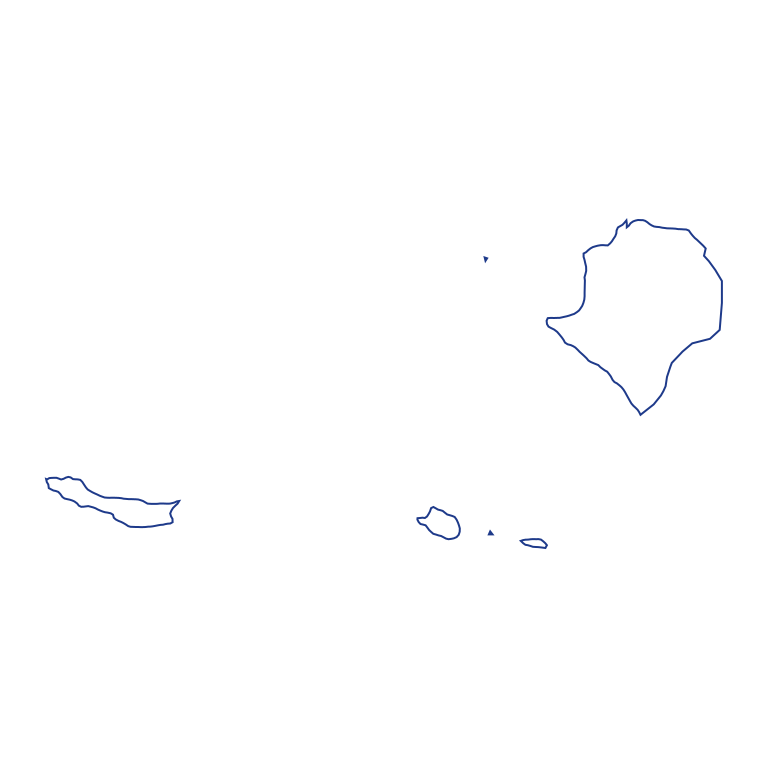 Qalansiyah wa Abd Al Kuri, Hadramawt, Yemen (Equal Earth projection)
{"feature_id": "15242507B10596271459975", "entity_name": "Qalansiyah wa Abd Al Kuri", "entity_type": "district", "adm_level": 2, "iso_a3": "YEM", "parent_name": "Yemen", "parent_adm1": "Hadramawt", "projection": "equal_earth", "projection_center": [53.013, 12.411], "detail": "fine", "context": "isolated", "style": "outline", "palette": "blue", "viewbox_px": 768, "rotation_deg": 0, "n_neighbors": 0, "source": "geoboundaries", "source_scale": "gbopen_adm2", "svg_char_len": 4391}
<svg xmlns="http://www.w3.org/2000/svg" viewBox="0 0 768 768"><path d="M705.7,248.5L705.1,247.8L703.2,245.7L700.9,243.5L699.0,241.7L697.0,239.8L694.8,238.0L692.8,235.8L691.0,233.6L688.8,230.5L686.2,229.5L683.7,229.4L681.0,229.2L678.1,229.1L675.5,228.7L672.5,228.5L669.7,228.4L669.3,228.4L669.2,228.4L667.1,228.3L666.9,228.3L664.7,228.0L662.2,227.7L659.4,227.1L657.1,226.9L656.5,226.9L655.5,226.7L654.1,226.5L651.7,225.4L649.6,224.1L647.3,222.2L645.1,220.8L642.8,220.1L640.5,220.1L638.0,220.0L635.7,220.5L634.2,221.0L633.0,221.5L630.6,223.2L630.5,223.3L628.8,225.7L626.8,227.3L626.8,223.8L626.7,222.7L626.4,220.4L624.4,222.8L622.5,224.8L620.4,226.0L618.3,227.2L618.0,227.4L617.9,227.5L616.6,230.4L616.3,233.5L615.2,236.3L613.6,238.6L611.9,241.3L610.2,243.3L607.8,245.4L605.3,245.3L602.9,245.1L600.6,245.2L597.7,245.7L595.1,246.4L592.8,247.1L590.5,248.4L588.2,250.2L586.1,252.2L583.6,253.5L583.6,256.9L584.5,259.8L585.2,263.0L586.1,266.7L586.2,270.9L585.4,274.2L584.5,277.3L584.9,280.4L584.8,284.3L584.7,288.4L584.6,292.5L584.6,296.2L584.3,299.6L583.4,302.9L582.2,305.9L580.6,308.3L579.1,310.4L577.1,312.0L574.2,313.9L571.7,314.7L569.2,315.6L566.7,316.3L564.4,316.8L561.8,317.4L559.4,317.9L557.0,317.9L553.8,318.0L551.2,317.9L547.8,318.1L547.7,318.2L546.6,320.8L547.0,324.1L548.5,326.6L550.6,327.8L554.2,329.6L557.2,331.9L559.6,334.7L561.8,337.4L563.5,339.8L565.0,342.6L567.6,344.3L570.8,345.1L573.2,346.2L575.3,347.5L577.6,349.7L579.7,351.9L581.7,353.7L583.7,355.5L586.6,358.3L588.4,360.5L590.6,361.9L593.6,363.2L598.3,365.1L600.4,367.2L602.7,368.9L604.8,370.4L607.2,371.7L609.2,374.2L610.8,376.4L612.6,379.9L614.4,382.0L615.6,382.7L616.7,383.2L619.6,385.5L621.5,387.2L623.4,389.5L625.1,392.2L626.5,394.8L628.0,397.5L629.9,400.9L631.4,403.5L633.4,405.8L635.6,407.8L637.7,409.9L639.2,412.2L639.9,413.6L640.5,414.8L653.7,404.4L660.9,395.5L663.4,391.1L665.6,386.2L667.0,376.9L670.4,366.6L671.8,362.9L679.6,354.7L682.5,351.6L692.3,343.3L692.8,343.2L710.0,338.8L719.7,329.9L721.9,302.9L721.9,299.0L721.9,281.0L715.3,270.0L708.9,261.2L704.0,255.8L705.3,250.2L705.7,248.5ZM73.0,479.1L70.6,477.4L68.3,476.9L65.9,477.6L63.6,478.8L61.1,479.5L58.8,478.6L56.5,477.8L54.1,477.8L51.6,477.9L49.3,478.1L47.1,479.4L46.1,479.0L46.8,482.0L48.3,484.5L48.8,488.1L51.0,489.3L53.4,490.5L55.8,491.0L58.3,491.9L60.3,494.0L62.4,497.0L64.5,498.5L67.0,499.1L69.8,499.7L72.3,500.5L74.5,501.5L77.2,503.5L78.9,505.7L81.2,506.8L83.6,506.7L85.9,506.4L88.3,506.1L90.6,506.7L93.2,507.4L95.6,508.3L97.8,509.5L100.3,510.6L102.6,511.5L104.9,512.2L107.5,512.6L110.7,513.3L113.0,514.7L113.8,517.7L115.8,519.5L118.5,520.9L121.1,521.9L123.3,523.0L125.7,524.4L128.2,526.1L130.5,526.8L133.3,526.9L135.6,527.0L138.0,527.0L140.3,527.1L143.0,527.1L145.5,527.0L148.0,526.7L150.5,526.6L152.9,526.3L155.6,525.8L158.1,525.3L160.5,524.9L163.1,524.7L165.4,524.1L167.7,523.7L170.3,523.5L172.6,522.2L172.5,518.9L171.1,516.5L170.2,513.5L171.4,510.6L173.0,508.0L175.1,505.9L177.6,503.6L179.2,501.0L176.8,501.4L174.5,502.5L172.3,503.1L170.0,503.6L167.7,503.7L164.9,503.6L162.6,503.5L160.3,503.5L157.7,503.8L154.9,503.9L152.5,503.9L150.1,503.8L147.5,503.6L145.4,502.4L143.0,501.0L140.7,500.2L138.3,499.5L135.9,499.3L133.1,499.2L130.8,499.1L128.4,499.1L126.1,498.9L123.7,498.7L121.4,498.2L118.6,497.9L116.1,497.8L112.6,497.7L109.3,497.8L107.0,497.7L104.6,497.5L102.3,496.7L100.1,495.9L97.2,494.5L94.7,493.4L92.4,492.3L89.8,490.8L87.7,489.5L85.9,487.4L84.1,484.7L82.3,481.9L80.3,479.9L77.8,479.4L75.4,479.3L73.0,479.1ZM454.7,517.0L452.4,516.0L450.1,515.3L447.2,514.5L444.8,512.6L442.7,510.9L440.4,510.2L438.0,509.6L435.6,508.2L433.4,507.0L431.1,508.1L430.0,511.4L428.6,514.0L427.0,516.5L424.9,518.0L422.5,517.7L420.0,518.0L417.5,518.2L417.4,519.6L418.7,522.1L420.5,524.0L423.1,524.6L425.6,525.3L427.3,527.5L429.1,530.0L431.0,531.8L433.3,533.8L436.1,534.6L438.5,535.4L441.1,536.0L443.6,537.3L446.0,538.6L448.5,539.2L451.6,538.8L453.9,538.3L456.6,537.1L458.7,534.8L459.7,531.7L459.8,528.4L459.0,525.5L458.0,522.7L456.6,519.7L454.7,517.0ZM546.9,545.2L545.2,543.1L543.2,541.3L541.0,539.6L538.5,539.1L536.2,539.2L533.8,539.1L531.1,539.2L528.1,539.6L525.5,539.7L523.1,540.1L520.8,540.9L523.2,543.2L525.4,544.8L527.8,545.2L530.2,545.9L532.9,546.8L535.8,547.0L538.2,547.1L541.7,547.5L545.4,548.0L546.9,545.2ZM492.5,534.4L490.2,531.4L488.9,534.4L492.5,534.4ZM487.1,258.3L484.7,257.5L485.5,260.8L487.1,258.3Z" fill="none" stroke="#1e3a8a" stroke-width="2"/></svg>